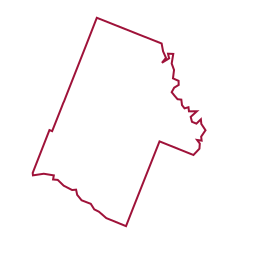 the district of Hempstead, Arkansas, United States of America, rotated 200°
{"feature_id": "52423323B95130922587904", "entity_name": "Hempstead", "entity_type": "district", "adm_level": 2, "iso_a3": "USA", "parent_name": "United States of America", "parent_adm1": "Arkansas", "projection": "albers", "projection_center": [-93.734, 33.742], "detail": "fine", "context": "isolated", "style": "outline", "palette": "rose", "viewbox_px": 256, "rotation_deg": 200, "n_neighbors": 0, "source": "geoboundaries", "source_scale": "gbopen_adm2", "svg_char_len": 863}
<svg xmlns="http://www.w3.org/2000/svg" viewBox="0 0 256 256"><g transform="rotate(200 128 128)"><path d="M202.2,53.2L201.1,51.0L191.5,56.2L181.5,58.1L180.8,54.0L176.3,55.2L168.7,51.8L159.3,50.6L155.7,52.3L152.9,47.8L146.9,44.2L137.0,44.0L131.9,40.0L126.7,39.4L117.6,35.9L96.3,35.1L95.8,55.4L93.8,126.2L57.3,125.0L53.8,133.0L55.2,137.9L59.0,140.4L54.5,141.3L56.3,144.9L54.4,152.4L60.5,156.9L62.5,161.1L65.2,155.5L70.0,155.7L72.9,159.9L69.0,167.3L76.4,164.5L78.3,168.2L81.6,165.8L85.1,168.0L87.6,172.9L91.3,172.0L95.4,174.3L99.2,176.6L98.4,181.7L95.1,185.8L96.6,189.6L102.7,190.0L104.6,198.3L109.0,203.5L110.8,213.1L115.8,211.5L113.2,207.5L118.4,200.9L116.3,206.9L121.3,212.1L125.3,218.9L150.6,219.6L195.0,220.9L195.7,190.4L197.1,136.9L197.2,131.2L197.4,129.3L197.5,124.3L198.2,99.1L201.1,99.2L202.2,53.2Z" fill="none" stroke="#9f1239" stroke-width="2"/></g></svg>